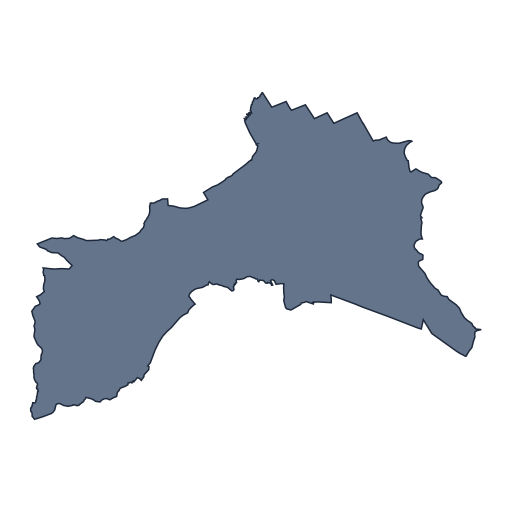 Tibucani, Neamt, Romania (Equal Earth projection)
{"feature_id": "2599482B37901869197091", "entity_name": "Tibucani", "entity_type": "district", "adm_level": 2, "iso_a3": "ROU", "parent_name": "Romania", "parent_adm1": "Neamt", "projection": "equal_earth", "projection_center": [26.549, 47.112], "detail": "fine", "context": "isolated", "style": "filled", "palette": "slate", "viewbox_px": 512, "rotation_deg": 0, "n_neighbors": 0, "source": "geoboundaries", "source_scale": "gbopen_adm2", "svg_char_len": 5990}
<svg xmlns="http://www.w3.org/2000/svg" viewBox="0 0 512 512"><path d="M388.7,316.7L418.4,328.2L421.3,329.0L423.3,319.7L431.8,333.5L455.2,350.3L458.9,352.8L465.4,356.2L466.0,356.3L469.2,350.9L471.9,347.5L473.4,341.4L474.9,337.0L474.7,334.3L475.1,331.8L477.1,330.6L481.3,329.6L475.8,329.0L475.3,328.0L475.0,328.1L474.5,327.3L473.0,326.0L471.7,323.3L467.8,320.7L464.5,317.9L461.2,312.5L459.4,308.2L456.1,304.7L448.8,299.4L447.2,296.6L443.9,296.2L441.1,295.0L437.9,289.9L435.3,288.5L430.2,282.7L427.1,278.1L424.9,273.4L418.6,266.1L418.3,262.8L418.6,261.6L419.7,260.8L422.8,259.4L423.0,255.2L422.6,254.7L419.2,253.1L417.6,251.6L416.1,249.6L415.4,249.3L414.3,247.3L414.0,246.1L414.1,245.1L415.0,242.9L416.3,241.0L419.9,239.0L422.4,239.0L421.2,235.3L421.0,233.1L421.4,225.2L422.0,222.8L420.8,218.3L422.0,217.8L420.4,215.8L421.2,212.9L423.1,207.9L423.0,206.6L421.6,203.1L421.6,201.0L422.0,199.2L423.2,196.8L425.5,194.0L430.1,191.9L434.7,190.6L437.2,189.1L438.0,188.1L439.1,185.1L441.6,182.8L441.6,182.3L441.1,181.4L436.9,178.5L435.0,177.6L432.1,177.6L430.9,177.0L428.5,174.4L427.8,174.0L422.6,172.6L419.4,171.1L415.9,168.9L410.9,172.0L409.9,171.1L409.0,167.3L408.2,160.7L407.1,160.2L405.1,156.2L404.2,153.1L404.2,151.4L404.9,148.3L406.1,146.1L407.0,144.9L409.7,142.5L411.9,141.2L411.7,141.0L409.3,140.6L408.0,140.8L398.8,143.3L393.0,143.0L391.4,142.6L389.5,141.7L387.4,139.6L386.2,137.1L379.1,140.0L375.2,140.2L373.2,141.0L363.1,123.3L362.9,123.4L361.8,121.4L357.1,112.8L333.8,123.3L327.1,112.8L314.4,118.6L305.4,104.8L291.5,110.3L289.4,107.4L286.1,101.5L271.8,107.2L262.6,92.8L262.3,92.7L261.7,93.1L261.3,94.3L260.9,94.4L260.1,95.4L260.0,96.5L258.6,97.6L257.8,97.7L257.6,98.6L256.3,98.8L255.7,98.6L254.9,97.8L254.3,98.0L253.6,99.4L253.8,100.0L252.4,102.2L252.1,104.4L251.4,104.8L251.4,105.7L251.0,106.1L251.1,106.7L250.7,107.5L250.6,109.8L250.2,110.7L251.0,111.3L251.7,113.0L250.7,113.1L249.3,112.5L248.6,113.1L248.5,113.4L249.2,113.5L250.2,114.5L250.3,114.7L249.8,115.1L248.9,115.0L247.7,114.0L246.8,114.1L246.7,114.5L248.3,116.0L248.5,116.5L247.4,117.4L246.3,116.8L245.7,117.1L246.7,117.9L246.7,118.5L246.2,119.5L245.8,119.5L245.1,118.8L244.4,118.7L245.1,120.0L245.0,120.7L244.7,120.8L245.4,123.2L249.8,132.9L256.0,143.6L256.6,144.0L257.4,143.9L256.3,144.8L257.8,146.1L256.9,150.0L256.1,152.0L252.6,156.4L251.6,160.1L251.2,159.9L248.7,161.7L246.0,164.2L233.1,173.9L232.3,175.2L230.8,176.2L227.9,177.3L225.7,178.9L225.4,179.7L222.9,181.6L217.4,185.0L212.5,186.9L203.5,192.5L207.9,199.8L194.1,206.5L188.0,208.2L184.7,208.3L179.9,207.9L173.6,206.1L168.1,205.5L167.6,198.9L162.5,199.0L161.5,199.3L159.9,200.4L157.7,201.1L153.8,203.1L150.5,203.0L150.2,203.2L150.5,203.9L149.6,205.7L149.8,210.6L149.5,213.2L148.7,215.5L146.1,219.9L144.7,221.7L144.6,222.5L143.9,223.5L144.3,224.9L143.4,227.6L141.0,230.2L139.5,232.4L135.2,235.5L130.9,237.2L126.4,239.7L122.2,241.2L121.2,241.2L118.4,239.3L115.4,238.0L113.7,236.6L109.4,239.3L107.8,239.2L106.7,240.6L105.0,240.0L100.2,239.6L98.3,240.2L87.1,240.6L85.4,240.3L83.9,239.5L77.9,237.8L73.6,235.6L69.6,238.3L64.4,238.6L61.8,237.9L56.8,238.5L51.9,238.0L37.3,243.9L39.8,247.0L46.3,249.4L47.5,250.8L51.7,252.6L58.0,252.9L62.0,256.0L64.2,257.2L66.4,259.9L72.1,265.6L69.1,269.0L61.2,268.6L55.6,269.0L51.9,268.9L43.1,267.9L43.6,269.3L43.1,272.4L43.7,274.4L43.7,275.4L44.6,275.8L44.9,278.6L44.7,281.8L43.9,283.8L43.5,286.3L43.4,289.1L44.3,291.5L40.4,294.8L36.6,296.7L38.7,299.8L39.8,302.3L40.0,303.9L38.0,305.2L35.4,306.2L31.8,311.2L32.8,315.5L35.1,321.3L34.7,324.1L34.0,325.9L34.9,329.6L34.0,335.9L34.1,337.0L36.7,342.9L37.9,344.9L41.1,347.8L42.1,349.4L42.4,350.5L42.3,352.6L41.2,354.8L40.9,358.4L41.0,359.5L40.7,360.1L39.0,362.3L38.0,363.0L35.9,363.5L33.8,366.3L33.3,368.5L33.6,369.5L33.6,372.3L34.1,375.6L33.9,377.0L34.3,379.0L35.8,382.0L37.4,383.5L37.5,384.7L36.9,386.1L37.1,386.3L36.4,387.8L36.9,389.0L37.3,389.3L37.7,389.2L37.8,390.2L38.3,391.0L38.2,391.5L37.6,391.7L37.2,395.1L36.6,396.5L36.6,398.0L36.3,399.8L35.9,400.2L36.0,401.0L35.3,402.5L34.7,402.9L32.7,402.7L32.6,403.8L32.0,405.6L32.0,406.4L30.7,408.1L30.7,411.1L31.7,412.4L32.1,413.6L32.1,416.2L34.6,419.3L43.2,416.6L51.3,413.5L53.0,412.3L54.7,410.0L55.9,405.1L56.4,404.2L58.4,403.6L59.4,403.5L60.6,403.9L63.7,405.5L68.2,406.3L72.9,405.3L73.1,404.8L73.7,404.7L76.9,405.6L78.8,405.4L79.3,404.7L83.5,401.6L84.2,400.0L85.4,398.8L86.0,397.4L91.0,398.7L93.5,399.8L95.5,401.3L100.0,402.0L102.0,399.9L104.2,398.8L106.7,398.6L109.9,399.8L112.6,398.1L116.6,396.5L117.5,392.1L119.2,390.4L119.4,389.6L120.3,388.2L125.2,386.3L127.9,384.8L128.1,382.8L129.1,382.9L130.7,382.3L131.9,382.9L132.1,382.1L133.1,381.1L133.3,381.9L133.8,381.9L137.4,377.6L139.5,378.5L141.3,380.4L143.9,376.7L143.7,376.2L144.3,374.5L148.7,369.7L149.0,366.7L147.7,366.0L150.3,362.8L155.1,350.0L158.7,342.6L162.7,336.2L166.8,331.7L171.3,327.6L179.8,317.8L183.2,315.1L187.6,312.9L189.0,309.6L193.2,305.5L195.1,304.1L190.8,299.1L190.0,297.5L188.8,296.4L189.5,294.0L191.8,291.4L195.7,288.8L202.7,287.3L206.8,285.0L208.1,284.9L208.4,283.4L209.3,281.8L211.2,283.5L213.0,284.5L217.5,284.0L218.7,284.9L221.8,285.5L223.9,286.5L227.5,287.3L231.7,290.9L233.2,290.6L233.8,289.9L234.0,289.2L233.4,287.1L233.8,286.8L233.9,285.8L234.3,285.5L234.2,284.3L235.3,284.3L235.1,283.3L236.6,282.7L236.1,280.6L236.5,280.1L236.5,279.5L236.9,279.2L239.1,279.5L241.6,279.1L244.1,278.5L247.1,276.7L250.1,276.4L253.3,277.8L254.3,277.7L255.4,278.8L257.5,279.2L257.8,280.7L258.5,281.7L259.0,281.6L259.0,280.8L259.7,280.1L263.5,280.5L265.7,283.1L267.4,283.1L267.5,282.6L267.9,282.4L268.4,282.8L269.4,282.8L270.7,283.5L271.3,284.4L271.6,285.3L271.9,285.3L272.7,285.1L270.5,280.6L272.2,279.6L274.4,280.7L276.0,284.3L280.8,283.6L283.9,283.8L283.6,287.5L283.8,292.7L284.4,297.6L284.1,298.1L283.7,300.5L285.6,307.6L286.6,308.8L290.9,310.0L300.8,304.4L301.2,303.2L301.6,302.9L304.0,302.5L306.1,301.6L313.4,304.0L313.6,302.9L312.1,302.3L317.9,301.9L331.3,302.7L331.2,298.6L330.8,295.0L354.8,303.9L362.6,307.1L388.7,316.7Z" fill="#64748b" stroke="#1e293b" stroke-width="1.5"/></svg>